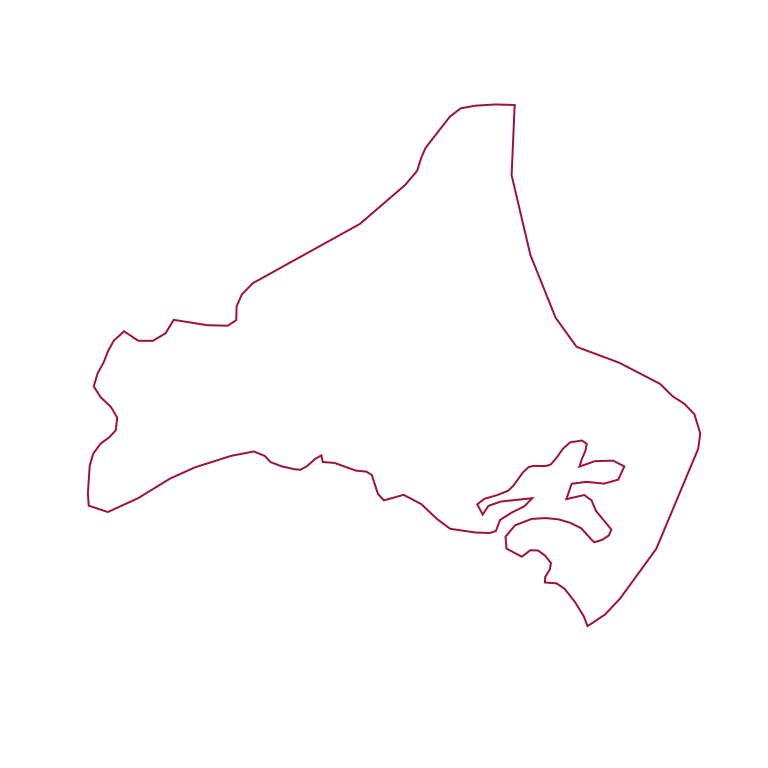 map outline of North Andros (Albers equal-area conic projection), rotated 263°
{"feature_id": "BHS-5019", "entity_name": "North Andros", "entity_type": "District", "adm_level": 1, "iso_a3": "BHS", "parent_name": "The Bahamas", "parent_adm1": "", "projection": "albers", "projection_center": [-78.177, 24.834], "detail": "fine", "context": "isolated", "style": "outline", "palette": "rose", "viewbox_px": 768, "rotation_deg": 263, "n_neighbors": 0, "source": "natural_earth", "source_scale": "10m", "svg_char_len": 1851}
<svg xmlns="http://www.w3.org/2000/svg" viewBox="0 0 768 768"><g transform="rotate(263 384 384)"><path d="M350.4,658.1L336.9,668.7L327.7,679.7L316.2,688.4L296.3,691.9L281.3,687.9L187.3,634.2L142.5,592.4L128.2,575.2L118.9,556.5L129.0,554.0L144.5,546.9L158.8,538.2L165.1,531.0L167.4,519.5L172.9,520.5L179.9,526.1L186.0,527.9L194.1,522.9L199.9,516.7L201.2,509.0L195.8,499.7L205.7,485.5L217.7,486.0L227.8,496.9L232.1,514.1L231.2,528.3L228.4,540.7L223.6,551.8L216.7,562.3L203.5,571.5L201.3,573.5L202.8,581.7L206.4,588.9L211.9,591.9L232.1,579.0L243.2,575.8L249.4,569.3L247.5,551.0L262.1,558.1L262.2,572.9L258.3,590.2L260.5,604.8L272.9,612.5L280.0,602.1L281.7,583.9L278.2,567.9L285.4,571.2L293.2,575.8L299.9,577.9L303.8,573.6L303.4,561.7L297.8,553.5L290.3,546.9L283.8,539.7L282.8,534.8L284.5,522.3L283.8,517.2L279.2,511.0L267.5,500.2L262.9,494.2L259.9,482.6L257.8,469.6L253.2,461.9L242.4,466.0L250.3,472.8L253.1,485.6L252.6,517.2L245.5,508.4L240.8,495.0L234.9,482.6L224.5,477.2L223.2,471.0L225.4,456.9L232.2,432.1L243.7,420.0L260.1,406.5L271.6,390.0L268.5,369.7L275.6,364.6L295.2,360.8L299.2,355.8L301.5,345.4L311.7,325.3L314.0,313.8L320.8,313.1L318.1,306.6L312.1,298.0L309.0,290.7L310.5,284.2L314.6,272.7L320.3,261.9L327.1,256.9L332.9,246.6L331.3,223.4L324.3,186.3L316.2,160.1L300.6,125.9L290.6,94.3L299.2,76.1L311.8,76.8L339.0,82.0L350.3,86.9L359.4,95.5L364.5,104.7L370.7,112.1L383.1,115.1L394.5,110.2L405.5,101.1L417.0,95.6L429.8,101.2L439.3,108.2L449.8,113.8L459.9,121.0L468.0,132.4L456.9,145.3L455.0,159.8L461.0,173.4L473.3,183.1L463.9,215.7L460.9,236.0L465.4,245.1L479.1,247.2L490.3,253.9L500.1,266.2L545.9,379.7L579.1,429.4L591.6,442.9L604.4,448.7L613.4,454.1L641.3,481.9L648.3,493.7L649.1,508.5L647.9,528.7L645.0,547.7L575.7,536.1L494.4,545.0L428.9,562.4L397.4,579.7L376.4,620.1L350.4,658.1Z" fill="none" stroke="#9f1239" stroke-width="2"/></g></svg>